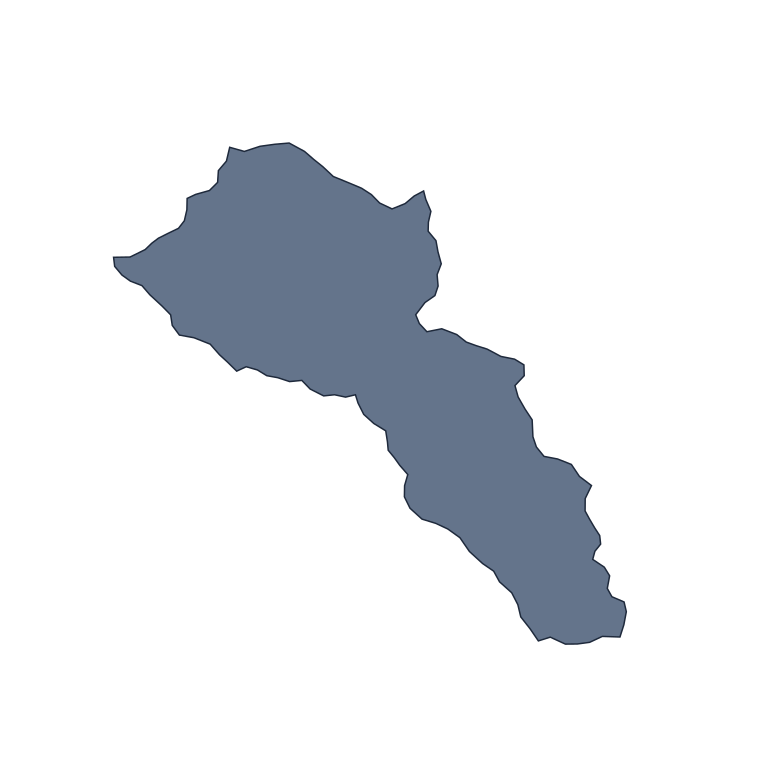 the district of Vieiras, Minas Gerais, Brazil, rotated 105°
{"feature_id": "56859067B62398779566024", "entity_name": "Vieiras", "entity_type": "district", "adm_level": 2, "iso_a3": "BRA", "parent_name": "Brazil", "parent_adm1": "Minas Gerais", "projection": "natural_earth1", "projection_center": [-42.278, -20.911], "detail": "fine", "context": "isolated", "style": "filled", "palette": "slate", "viewbox_px": 768, "rotation_deg": 105, "n_neighbors": 0, "source": "geoboundaries", "source_scale": "gbopen_adm2", "svg_char_len": 1835}
<svg xmlns="http://www.w3.org/2000/svg" viewBox="0 0 768 768"><g transform="rotate(105 384 384)"><path d="M573.6,191.6L582.5,179.7L592.2,168.4L585.5,157.9L588.3,141.5L585.1,130.0L580.3,118.5L571.3,107.8L567.3,90.6L554.5,90.0L541.2,91.0L532.4,95.7L530.5,108.8L523.7,115.4L510.9,116.4L503.9,123.8L499.4,137.0L491.0,137.0L482.6,133.3L474.6,136.4L468.4,143.3L461.3,150.5L454.6,156.9L442.6,160.0L428.4,157.3L422.7,171.3L413.2,182.2L411.5,196.9L412.5,210.7L405.4,220.5L396.4,226.5L388.5,229.0L380.3,231.6L371.7,241.3L361.8,251.1L351.6,257.1L339.7,250.7L329.3,253.8L326.2,264.3L327.1,278.2L323.6,293.4L323.1,304.9L322.2,315.4L317.4,326.5L315.7,342.5L322.4,356.1L316.5,365.5L308.9,371.3L294.7,365.5L285.4,357.7L275.4,357.1L264.6,361.0L253.1,359.8L242.3,366.1L232.1,370.9L225.0,380.9L216.2,383.0L205.1,383.4L194.9,391.4L187.3,395.7L194.6,403.5L204.3,410.3L212.8,421.6L210.3,435.1L204.3,445.2L200.7,456.3L198.9,469.4L196.7,486.7L189.9,499.4L185.3,509.9L179.9,521.0L175.8,538.0L180.8,551.8L186.5,565.3L195.5,579.1L195.3,594.3L209.5,593.9L220.7,599.2L232.3,596.9L242.3,602.7L249.6,615.0L255.7,622.2L266.7,619.5L278.0,619.1L286.8,622.8L294.4,631.6L301.5,639.6L308.2,644.8L316.0,649.5L327.1,662.2L331.6,678.0L340.1,674.6L346.6,665.3L350.3,655.5L351.6,643.3L358.4,633.3L366.2,618.5L372.4,608.0L382.2,603.7L389.7,594.3L388.5,579.5L390.5,562.2L398.3,550.5L403.2,541.1L409.7,529.6L403.0,521.6L403.2,509.9L406.3,499.4L405.4,488.3L406.1,475.8L401.8,464.3L408.0,454.0L411.1,439.2L407.2,429.0L406.6,417.7L401.8,408.8L409.2,404.1L418.6,395.7L424.8,383.6L428.8,370.2L439.0,365.7L446.9,362.8L452.5,355.0L458.5,347.7L465.3,337.6L476.9,337.8L487.7,335.1L497.3,326.7L504.7,312.3L505.2,298.2L507.5,285.0L512.8,270.9L523.7,258.1L531.9,242.3L536.4,229.6L545.2,221.2L552.6,206.6L562.5,197.6L573.6,191.6Z" fill="#64748b" stroke="#1e293b" stroke-width="1.5"/></g></svg>